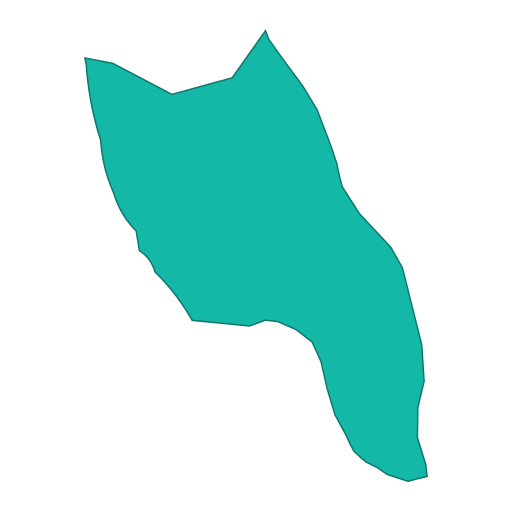 Dumyat 2, Dumyat, Egypt
{"feature_id": "37247803B80860993707274", "entity_name": "Dumyat 2", "entity_type": "district", "adm_level": 2, "iso_a3": "EGY", "parent_name": "Egypt", "parent_adm1": "Dumyat", "projection": "equal_earth", "projection_center": [31.811, 31.425], "detail": "fine", "context": "isolated", "style": "filled", "palette": "teal", "viewbox_px": 512, "rotation_deg": 0, "n_neighbors": 0, "source": "geoboundaries", "source_scale": "gbopen_adm2", "svg_char_len": 1823}
<svg xmlns="http://www.w3.org/2000/svg" viewBox="0 0 512 512"><path d="M84.9,58.0L85.8,62.6L86.1,64.2L86.4,65.9L86.8,71.0L87.3,76.4L87.9,81.8L88.6,87.2L89.4,92.6L90.3,97.9L91.2,103.2L92.3,108.5L93.4,113.8L94.7,119.0L96.0,124.2L97.4,129.4L98.9,134.6L100.5,139.7L100.7,140.5L100.9,143.3L101.3,147.0L101.7,150.8L102.3,154.5L102.9,158.2L103.6,161.9L104.4,165.5L105.3,169.2L106.3,172.7L107.4,176.3L108.5,179.8L109.8,183.3L111.1,186.8L112.5,190.2L113.5,192.5L114.0,193.9L114.7,196.0L114.9,196.7L115.4,198.1L115.9,199.5L117.0,202.3L117.6,203.6L118.2,205.0L119.5,207.7L120.1,209.0L120.8,210.3L122.2,212.9L123.0,214.1L123.7,215.4L125.3,217.8L126.1,219.0L127.0,220.2L128.7,222.5L129.6,223.6L130.5,224.7L132.3,226.9L134.3,229.0L135.2,230.0L136.2,231.0L138.1,242.8L139.4,250.6L139.5,250.7L139.9,251.0L141.0,251.7L142.4,252.7L143.1,253.3L143.8,253.8L145.2,255.1L145.8,255.7L146.4,256.4L147.6,257.7L148.2,258.5L148.8,259.2L149.9,260.7L150.4,261.5L150.9,262.3L151.8,263.9L152.2,264.8L152.7,265.6L153.4,267.4L153.8,268.3L154.1,269.1L154.7,271.0L155.0,272.0L158.4,275.3L161.5,278.5L164.5,281.8L167.5,285.2L170.4,288.6L173.2,292.1L176.0,295.7L178.7,299.4L181.4,303.1L183.9,306.9L186.4,310.7L188.8,314.6L191.2,318.6L192.2,320.4L218.1,322.9L249.4,326.0L265.3,320.2L277.6,321.5L296.1,329.6L312.2,342.1L321.0,361.6L327.4,389.6L335.0,414.8L346.3,435.7L349.3,442.3L350.1,444.1L353.1,449.7L353.8,451.1L361.2,458.0L366.2,462.1L377.3,467.6L387.2,474.5L408.1,481.3L412.0,480.2L416.0,479.1L427.1,476.5L425.7,464.3L417.4,437.6L417.6,424.3L417.8,407.7L424.1,381.2L421.7,344.6L402.4,267.8L391.0,247.6L379.0,234.6L367.2,222.0L359.4,213.6L342.2,186.6L339.5,176.6L336.7,163.3L331.1,146.5L317.1,109.7L302.8,86.1L282.8,59.0L268.4,38.8L265.5,30.7L232.2,77.8L208.5,84.3L171.9,94.4L112.9,63.4L84.9,58.0Z" fill="#14b8a6" stroke="#0f766e" stroke-width="1.5"/></svg>